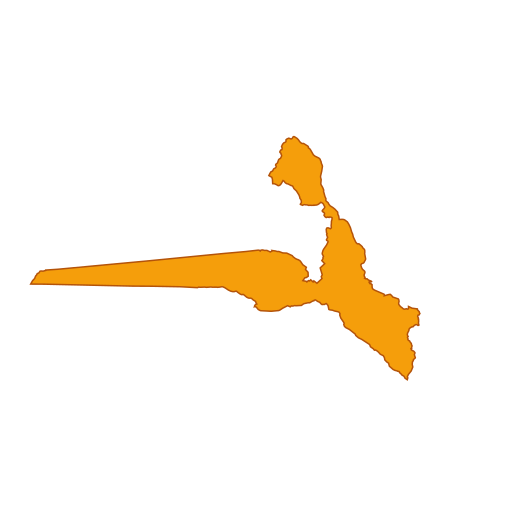 Cartago, Cartago, Costa Rica, rotated 116°
{"feature_id": "36466004B19971785414820", "entity_name": "Cartago", "entity_type": "district", "adm_level": 2, "iso_a3": "CRI", "parent_name": "Costa Rica", "parent_adm1": "Cartago", "projection": "equal_earth", "projection_center": [-83.947, 9.787], "detail": "fine", "context": "isolated", "style": "filled", "palette": "amber", "viewbox_px": 512, "rotation_deg": 116, "n_neighbors": 0, "source": "geoboundaries", "source_scale": "gbopen_adm2", "svg_char_len": 6073}
<svg xmlns="http://www.w3.org/2000/svg" viewBox="0 0 512 512"><g transform="rotate(116 256 256)"><path d="M280.5,193.5L278.0,192.2L275.2,188.7L274.5,187.2L271.6,185.3L270.9,184.3L270.2,184.3L269.4,183.3L269.8,180.6L269.7,178.3L270.4,177.0L270.7,175.3L270.3,174.8L269.5,173.2L268.0,172.2L267.9,171.9L268.9,169.6L272.1,167.1L272.0,165.9L271.2,163.5L271.0,161.3L270.1,157.5L270.1,156.9L270.4,156.1L271.2,155.1L272.3,154.9L274.6,152.6L277.3,147.9L278.1,147.2L279.1,147.1L280.5,145.6L281.0,143.9L281.1,139.8L282.6,133.0L282.7,132.6L283.7,131.5L284.6,128.1L284.6,124.3L285.7,115.5L286.2,114.5L287.4,113.4L288.0,109.8L288.7,108.5L288.7,108.1L288.1,107.3L288.2,105.9L288.6,104.1L289.8,101.2L289.8,97.9L291.1,96.0L292.9,94.7L293.9,92.1L294.1,90.5L294.3,89.8L296.6,87.8L297.9,83.0L297.9,81.1L297.4,78.6L297.5,78.1L297.1,76.7L297.3,76.3L297.9,75.8L298.5,73.7L299.0,72.8L299.2,70.3L300.5,68.5L300.9,65.8L299.0,66.1L298.3,67.0L297.4,67.1L295.6,67.1L291.3,66.1L287.0,66.4L284.9,68.1L282.4,69.0L281.1,68.7L280.1,69.1L278.1,68.2L277.2,68.4L276.8,69.1L275.0,70.5L273.4,70.6L272.8,71.5L272.4,72.6L272.4,75.0L271.3,76.1L270.9,75.5L269.8,76.1L268.4,76.3L267.8,77.1L266.5,78.1L265.6,80.0L265.0,80.7L265.0,81.9L264.5,82.9L263.7,83.2L262.7,84.2L262.1,84.3L261.7,84.0L260.5,85.5L260.1,85.6L258.6,86.0L256.1,85.9L255.0,86.3L254.0,86.3L252.8,85.8L251.3,84.8L250.9,83.9L249.0,83.3L247.5,82.2L247.2,81.2L247.4,80.0L247.0,79.4L246.6,79.3L245.1,80.6L243.6,81.1L241.7,82.1L241.5,82.7L240.7,82.7L239.5,84.2L238.2,84.5L237.5,83.6L235.8,83.5L235.5,84.1L234.5,84.9L233.5,87.4L232.8,87.8L234.5,92.9L234.5,96.8L236.3,95.9L237.0,96.1L237.3,96.4L237.4,97.5L238.8,99.4L238.9,100.6L238.5,101.9L238.1,104.0L236.9,106.5L235.7,107.2L234.1,107.5L232.7,108.5L232.2,109.2L232.9,115.1L232.0,116.9L231.6,118.6L232.6,120.0L235.5,123.3L234.7,123.5L234.2,124.2L234.7,134.6L234.4,136.6L234.1,137.1L233.2,137.9L230.8,139.2L230.8,139.9L230.5,140.4L230.9,141.5L230.1,142.8L229.7,142.9L229.1,141.6L228.6,141.0L228.3,140.9L228.1,141.3L228.3,144.4L227.8,146.2L228.5,147.6L228.4,148.7L227.4,148.6L226.8,149.7L225.7,150.5L223.2,150.8L222.5,151.2L222.0,151.8L221.2,154.6L220.0,156.2L218.1,157.9L216.6,157.7L215.7,156.7L214.7,156.1L211.2,156.0L210.5,156.2L206.2,159.4L205.0,159.8L203.0,160.9L202.3,162.0L201.8,163.7L201.0,164.7L200.4,166.7L199.9,168.9L200.5,169.9L200.6,170.5L199.9,172.3L196.3,176.8L193.9,178.8L192.5,180.5L189.1,183.6L186.7,186.6L185.3,188.8L184.7,191.9L184.7,193.0L185.2,194.5L186.7,197.2L183.7,199.3L182.7,200.7L180.8,201.8L179.3,205.6L178.7,208.3L178.4,211.3L177.6,213.1L176.5,214.5L175.9,216.9L175.4,217.7L173.9,218.2L172.3,220.1L169.1,222.9L168.7,223.4L167.0,224.1L165.2,226.1L163.3,228.9L162.7,229.4L158.8,230.9L156.9,232.5L155.9,233.0L151.0,234.1L146.2,235.6L145.2,236.5L144.1,237.8L142.4,239.1L142.0,239.8L141.1,240.6L140.6,241.5L140.4,242.5L140.4,246.8L139.9,248.8L136.7,253.5L136.0,254.9L135.8,256.4L134.9,256.8L134.5,257.5L134.0,262.5L134.7,263.9L134.7,264.6L134.1,266.8L133.0,268.7L132.3,270.6L132.0,273.0L132.0,274.3L132.7,274.9L134.3,275.0L135.1,275.4L135.5,276.1L135.6,277.6L135.8,278.3L137.4,279.6L138.5,280.0L139.7,279.3L140.5,279.3L142.3,280.7L144.0,281.1L146.5,281.0L147.4,279.9L148.5,279.4L149.1,279.4L149.9,280.2L151.7,280.3L152.2,280.1L152.6,279.4L152.7,278.6L153.5,278.1L154.3,277.1L155.1,276.8L157.5,276.8L158.6,277.6L159.5,277.9L163.0,277.5L164.9,278.4L165.8,278.2L166.1,277.6L166.6,277.1L167.8,277.0L168.4,277.2L169.4,278.0L170.0,278.3L172.4,278.4L173.8,279.5L175.6,279.7L178.1,279.7L178.3,276.3L179.8,274.9L183.7,272.7L183.0,271.0L182.9,268.8L183.1,267.2L182.8,266.3L181.3,265.3L179.7,265.0L176.3,264.8L176.4,263.7L177.3,261.9L177.5,260.8L177.5,259.9L177.2,258.8L177.3,255.2L177.1,254.6L177.1,253.7L178.8,251.4L179.8,248.2L182.3,244.2L183.7,242.7L184.9,241.8L185.8,240.2L186.7,239.4L188.2,238.6L190.0,238.9L190.2,238.2L190.0,236.3L189.1,235.7L188.6,235.0L188.3,233.9L187.6,232.4L187.5,231.1L187.2,230.4L186.8,229.9L186.1,228.2L185.0,226.1L184.8,226.1L184.7,225.7L183.7,224.0L182.7,223.0L180.7,221.8L179.4,221.4L179.3,221.1L179.3,219.5L179.6,218.5L181.8,215.6L183.4,215.6L185.3,216.2L186.5,216.3L187.0,215.3L187.3,213.5L188.1,212.8L189.5,212.8L190.4,211.4L190.7,210.0L190.5,209.5L189.7,208.9L189.3,207.2L188.9,207.2L188.3,206.0L188.2,204.5L189.5,203.8L191.8,203.4L193.8,202.5L195.7,201.8L197.5,200.7L198.0,200.7L198.9,201.1L199.0,203.3L199.5,204.3L199.8,204.6L201.2,204.6L203.6,203.2L204.5,202.5L204.8,201.9L205.9,201.9L207.5,200.2L207.7,199.8L210.6,199.8L211.0,199.3L211.1,197.9L211.5,197.5L211.9,197.4L215.2,197.4L220.4,198.2L221.9,198.2L224.5,197.7L225.2,197.3L226.7,195.2L227.9,195.2L229.0,194.6L231.3,194.8L232.8,190.9L238.6,193.1L243.9,188.2L246.0,188.3L247.4,186.8L253.8,189.3L253.0,193.1L254.3,193.3L253.4,196.4L254.9,196.9L255.1,198.1L257.0,198.9L256.7,199.6L257.6,203.1L254.1,202.5L253.3,201.3L251.3,200.2L247.8,202.1L246.4,205.6L244.1,205.8L243.3,210.2L241.4,213.4L240.9,214.7L240.8,216.8L241.0,217.4L241.0,219.5L240.5,222.0L239.8,223.7L239.9,229.6L241.5,233.3L241.9,237.4L242.7,239.0L242.9,240.5L244.0,244.0L244.3,243.6L246.1,244.9L246.2,248.7L247.3,250.9L247.6,252.6L248.5,254.1L249.7,254.4L249.4,255.6L249.7,256.5L256.5,267.2L267.7,285.8L307.6,350.7L354.9,428.5L360.8,438.8L361.1,438.6L363.1,440.9L363.3,441.8L364.2,443.4L366.5,443.8L367.7,444.9L369.3,444.9L370.6,445.3L373.3,445.1L376.1,446.0L380.0,446.2L374.1,433.9L337.1,353.6L328.8,336.3L316.8,310.5L310.1,294.7L309.0,293.8L308.7,292.7L306.4,288.4L305.9,286.8L303.6,282.9L303.2,281.6L301.3,277.8L301.1,277.0L299.9,275.0L298.5,273.1L298.2,272.0L298.2,269.7L298.7,266.0L298.7,263.4L298.3,261.5L297.7,260.1L296.3,258.5L296.3,257.7L296.6,256.7L297.1,253.8L297.1,252.2L296.7,251.3L296.2,250.9L296.2,250.0L297.1,246.3L297.1,244.6L296.9,243.7L296.2,242.3L296.1,241.2L296.7,239.3L297.0,236.5L298.1,235.4L298.8,234.2L299.9,235.2L300.3,235.3L301.4,235.4L302.2,235.2L301.9,235.0L301.8,234.0L302.0,232.9L303.1,230.6L303.2,228.8L303.1,227.8L299.0,218.1L295.1,211.7L294.1,210.8L291.2,209.1L286.8,205.8L286.7,202.9L285.4,202.4L284.9,201.0L283.5,199.4L283.3,198.5L280.5,193.5Z" fill="#f59e0b" stroke="#b45309" stroke-width="1.5"/></g></svg>